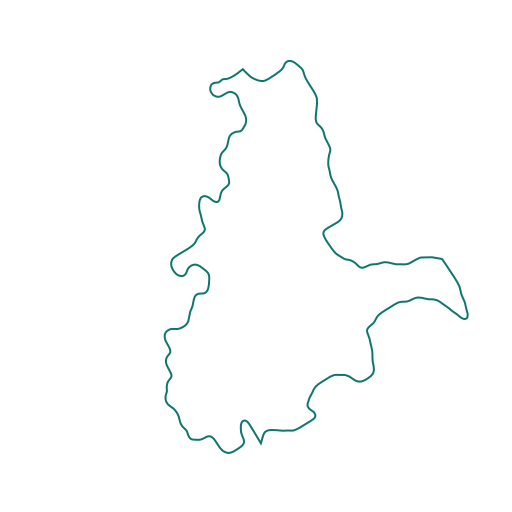 Vicente Noble, Barahona, Dominican Republic (Equal Earth projection), rotated 327°
{"feature_id": "3306468B17851422898431", "entity_name": "Vicente Noble", "entity_type": "district", "adm_level": 2, "iso_a3": "DOM", "parent_name": "Dominican Republic", "parent_adm1": "Barahona", "projection": "equal_earth", "projection_center": [-71.08, 18.413], "detail": "fine", "context": "isolated", "style": "outline", "palette": "teal", "viewbox_px": 512, "rotation_deg": 327, "n_neighbors": 0, "source": "geoboundaries", "source_scale": "gbopen_adm2", "svg_char_len": 6140}
<svg xmlns="http://www.w3.org/2000/svg" viewBox="0 0 512 512"><g transform="rotate(327 256 256)"><path d="M346.7,92.1L340.3,92.7L336.1,92.8L333.1,92.6L331.1,92.4L329.2,92.0L327.4,91.3L325.2,90.1L323.8,89.6L320.3,90.1L318.9,89.9L316.1,88.5L314.5,87.9L312.6,87.9L311.7,88.1L310.1,89.1L308.8,90.7L308.2,91.6L307.8,92.7L307.5,93.9L307.5,95.1L307.6,96.4L307.8,97.6L308.3,98.7L309.4,100.5L310.9,101.8L312.7,102.7L314.6,103.0L320.5,103.3L322.4,103.7L323.3,104.1L324.1,104.6L325.5,106.0L326.6,107.8L327.0,108.9L327.3,110.1L327.3,112.5L326.8,114.7L325.3,118.6L324.7,120.7L324.2,124.4L323.7,130.7L323.3,133.1L322.5,135.3L322.0,136.3L320.8,138.0L319.3,139.4L318.5,140.0L313.7,142.4L312.2,142.9L310.6,142.8L306.9,141.0L305.1,140.5L302.2,140.3L300.3,140.7L299.4,141.1L297.6,142.2L292.8,147.0L291.1,148.4L290.2,148.9L288.4,149.7L283.7,150.9L282.8,151.3L281.0,152.5L279.3,154.1L277.8,155.9L276.5,157.8L275.5,160.0L275.0,162.3L275.0,164.7L275.4,166.7L276.5,170.3L276.5,172.3L275.7,175.1L274.2,178.7L273.1,180.3L271.5,181.3L269.8,181.7L265.1,182.3L263.2,182.8L262.3,183.3L260.5,184.5L256.1,188.8L254.5,189.6L253.6,189.7L252.8,189.5L252.1,189.1L250.9,187.8L250.0,186.2L248.7,182.2L248.3,181.2L247.2,179.5L245.9,178.1L245.1,177.5L244.1,177.2L242.2,177.0L241.2,177.3L239.4,178.4L237.9,179.9L236.4,181.8L235.1,183.8L233.9,185.9L233.0,188.2L232.0,191.6L229.7,197.8L228.3,204.3L227.9,205.2L227.4,206.0L226.7,206.7L225.9,207.2L224.2,207.7L219.6,208.3L217.7,208.8L216.0,209.5L211.9,211.8L208.9,212.6L203.6,212.9L190.7,212.5L187.6,212.5L184.6,213.0L183.6,213.5L182.0,214.7L180.6,216.3L179.6,218.3L179.2,219.5L178.8,222.0L178.8,224.5L179.2,227.0L179.5,228.2L180.5,230.2L181.9,231.7L182.7,232.3L183.5,232.8L185.4,233.1L187.3,232.7L188.1,232.3L191.8,229.7L192.7,229.3L194.6,228.9L196.6,228.8L198.5,229.2L199.4,229.6L201.1,230.7L202.4,232.3L203.5,234.2L206.0,241.3L206.4,243.3L206.5,244.4L206.3,245.6L206.0,246.7L205.0,248.7L203.8,250.5L201.1,254.1L198.8,256.6L197.2,258.0L195.4,258.9L193.5,259.2L191.7,258.9L188.0,256.7L186.3,256.1L184.4,256.1L182.6,256.7L180.1,258.7L175.4,263.5L170.4,267.0L164.0,273.5L162.2,274.7L161.3,275.1L159.3,275.6L157.3,275.8L154.3,275.6L152.4,275.2L150.5,274.5L149.7,274.0L145.7,271.3L144.8,270.9L142.9,270.5L141.0,270.4L140.0,270.5L138.1,271.2L137.3,271.8L136.5,272.5L135.3,274.2L134.4,276.2L133.9,278.5L133.5,284.4L133.2,286.7L132.6,288.6L132.1,289.5L131.5,290.1L130.8,290.6L126.7,292.1L125.1,293.0L123.7,294.4L122.6,296.2L122.2,297.2L121.6,299.5L120.8,307.6L120.3,309.7L119.8,310.5L119.1,311.2L118.4,311.7L114.3,313.2L113.5,313.6L112.0,314.7L110.0,316.9L107.5,321.1L104.1,324.0L102.4,326.4L101.6,328.4L101.4,329.5L101.3,331.9L101.8,334.1L103.7,339.0L104.1,341.3L104.3,343.8L104.2,346.3L103.7,348.7L102.0,353.7L101.5,355.9L101.4,358.2L101.5,359.3L102.4,363.1L102.6,364.9L102.3,366.6L101.6,369.2L101.3,371.1L101.5,373.2L101.9,374.1L102.4,374.9L103.1,375.6L106.7,378.2L108.3,379.2L109.1,379.6L111.0,380.2L115.8,380.7L117.5,381.1L119.0,382.0L119.7,382.7L120.3,383.7L121.0,386.1L121.2,388.7L121.3,397.1L121.7,399.8L122.0,401.2L123.2,403.6L124.8,405.5L125.8,406.3L127.9,407.2L130.1,407.6L132.3,407.8L137.9,407.8L141.1,407.5L143.0,406.8L143.9,406.2L144.6,405.5L145.2,404.5L145.7,403.4L146.7,398.5L147.4,396.0L148.6,393.6L149.9,391.5L151.3,389.5L153.0,388.0L153.9,387.5L154.8,387.3L155.7,387.3L156.6,387.7L157.4,388.3L158.1,389.4L158.5,390.5L158.8,392.9L158.7,399.8L158.1,415.7L164.5,410.2L166.1,409.2L167.9,408.5L169.8,408.5L171.5,409.0L174.0,410.2L178.8,413.6L183.5,417.3L187.0,419.3L191.0,422.0L192.8,422.9L196.0,423.5L199.3,423.8L211.6,424.1L215.6,424.0L217.4,423.5L218.2,422.9L218.9,422.1L219.3,421.2L219.5,420.2L219.4,418.2L217.5,413.3L217.4,411.3L217.5,410.3L217.8,409.4L218.9,407.9L223.9,403.9L228.2,401.6L232.3,399.0L235.1,398.0L238.3,397.5L241.5,397.4L252.2,397.6L255.3,398.1L257.4,398.7L259.0,399.7L265.5,404.0L266.9,405.5L268.7,408.0L270.8,413.1L271.8,415.0L273.1,416.6L274.6,417.9L276.6,418.8L279.8,419.4L284.1,419.5L287.3,419.2L289.3,418.6L291.1,417.5L292.6,416.1L293.7,414.3L294.7,412.3L296.4,408.1L297.5,406.0L300.7,400.9L302.3,397.7L303.9,393.2L306.2,387.1L307.7,380.6L308.6,378.9L309.3,378.2L310.1,377.7L311.8,377.1L318.3,376.1L320.0,375.4L324.1,373.1L327.2,372.2L330.5,371.9L333.8,371.9L346.0,372.1L349.3,372.4L351.4,372.9L353.2,373.7L356.5,375.7L358.2,376.5L360.1,377.0L366.0,377.8L368.9,378.8L371.5,380.7L377.1,386.2L380.5,388.5L382.0,389.8L384.0,392.1L385.5,395.1L386.7,398.3L389.2,404.5L390.6,409.1L392.7,414.2L394.0,418.4L394.8,420.3L395.9,421.8L396.6,422.4L397.4,422.8L398.2,423.0L399.1,422.9L399.9,422.5L401.1,421.2L402.1,419.5L403.4,415.3L405.7,409.2L406.2,406.7L407.0,401.9L407.5,399.5L409.4,394.3L410.1,392.0L410.5,387.9L410.7,382.3L410.6,367.9L410.4,359.8L402.9,352.9L393.7,347.2L391.7,346.6L389.6,346.3L381.0,345.7L378.9,345.3L377.9,344.9L376.2,344.0L368.7,339.0L363.2,333.3L360.6,331.3L358.7,330.5L353.1,328.7L349.0,326.4L347.2,325.6L340.7,324.5L339.0,323.9L338.2,323.4L337.6,322.8L336.6,321.0L335.4,315.8L334.6,313.8L333.0,311.2L331.8,309.8L329.7,308.0L328.5,306.5L325.3,299.9L324.5,297.8L324.2,296.5L323.8,293.9L323.6,291.1L323.4,285.6L323.4,280.3L323.8,276.6L324.4,274.4L325.0,273.4L325.8,272.7L326.6,272.2L327.5,271.9L329.4,271.6L332.4,271.6L342.1,272.1L344.2,272.0L346.2,271.7L348.2,270.9L349.7,269.7L351.1,268.1L352.1,266.3L354.1,261.0L356.3,256.0L357.7,251.5L359.4,247.4L360.1,245.3L360.7,241.6L361.2,234.1L361.6,231.6L362.2,229.3L364.3,224.2L365.8,219.8L367.0,217.7L369.0,214.8L372.0,211.4L375.6,208.2L376.2,207.4L377.0,205.5L377.4,203.3L378.3,194.9L378.9,192.7L380.3,188.6L380.6,186.5L380.7,185.3L380.5,183.1L379.4,178.5L379.4,177.5L379.6,176.5L379.9,175.4L380.8,173.4L382.1,171.5L389.5,162.3L391.6,159.3L392.7,157.2L393.2,156.0L393.5,154.7L393.9,152.1L394.1,148.0L394.2,138.4L394.4,134.4L394.8,131.9L396.2,126.8L396.5,124.8L396.2,122.8L394.4,116.8L393.6,114.6L392.6,112.8L391.2,111.3L390.5,110.7L389.6,110.2L387.8,109.8L386.8,109.9L385.1,110.4L382.0,112.4L380.3,113.2L378.3,113.7L376.2,114.0L370.9,114.3L363.3,114.3L360.2,114.0L358.1,113.5L357.1,113.0L355.3,111.8L352.9,109.3L350.9,106.3L349.7,104.2L349.2,103.1L348.5,100.7L347.2,95.3L346.7,92.1Z" fill="none" stroke="#0f766e" stroke-width="2"/></g></svg>